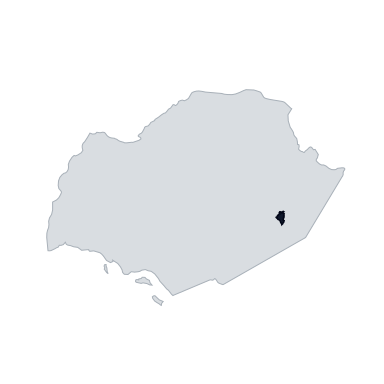 location of Busega, Simiyu, United Republic of Tanzania, rotated 121°
{"feature_id": "72390352B70559618037175", "entity_name": "Busega", "entity_type": "district", "adm_level": 2, "iso_a3": "TZA", "parent_name": "United Republic of Tanzania", "parent_adm1": "Simiyu", "projection": "orthographic", "projection_center": [33.696, -2.377], "detail": "fine", "context": "in_parent", "style": "filled", "palette": "ink", "viewbox_px": 384, "rotation_deg": 121, "n_neighbors": 0, "source": "geoboundaries", "source_scale": "gbopen_adm2", "svg_char_len": 5816}
<svg xmlns="http://www.w3.org/2000/svg" viewBox="0 0 384 384"><g transform="rotate(121 192 192)"><path d="M148.8,261.1L145.1,259.2L141.8,258.0L139.1,256.7L137.9,255.5L135.3,255.0L133.1,254.8L131.1,253.6L126.9,253.2L126.4,252.4L126.4,250.7L125.6,250.2L124.1,249.8L122.5,249.8L121.5,250.1L120.9,249.9L119.5,248.9L118.2,247.6L117.7,245.5L115.8,244.2L113.6,243.2L107.5,243.3L106.5,243.0L105.0,241.9L103.3,240.2L101.9,238.2L100.7,235.5L99.4,231.9L92.3,217.4L91.5,214.6L90.1,211.6L87.9,207.8L85.5,205.1L82.2,202.5L78.5,200.0L76.5,198.4L72.7,191.5L71.9,188.3L71.2,185.0L71.5,183.7L73.8,179.4L74.0,178.2L73.7,176.5L72.6,173.1L71.0,169.0L68.0,161.5L67.5,159.5L67.6,158.1L69.3,150.4L69.3,149.4L76.4,149.5L81.5,146.1L86.0,141.1L86.9,139.0L88.7,135.8L90.5,134.2L91.2,133.0L92.2,129.8L94.6,127.6L96.9,126.0L96.4,124.8L96.7,124.4L98.0,123.5L100.4,122.7L100.9,121.0L100.9,119.1L100.5,118.1L100.6,116.8L100.2,116.1L98.6,116.0L96.2,115.0L94.2,114.6L92.9,114.1L92.4,113.7L92.1,112.5L93.2,109.6L92.1,108.4L94.6,103.5L95.0,102.9L95.9,102.8L97.4,102.3L98.7,102.1L99.8,102.3L100.6,102.0L101.3,101.5L101.8,99.8L102.3,97.1L102.1,94.8L101.0,93.1L100.7,90.5L101.2,86.9L100.9,83.9L99.7,81.6L98.6,80.2L96.8,79.5L94.0,75.9L93.1,74.2L93.3,73.1L94.2,72.6L96.0,72.8L97.7,72.4L99.2,71.4L100.8,71.1L101.6,71.2L172.5,71.2L255.3,117.6L255.6,118.1L256.3,122.1L256.1,123.5L254.9,125.8L254.5,127.0L254.5,127.8L254.8,128.1L255.9,128.2L256.8,128.8L257.1,129.2L257.8,131.0L258.7,131.8L289.9,154.6L290.6,155.0L290.2,156.9L288.4,161.5L288.2,163.4L287.5,165.7L286.9,167.2L285.0,173.6L283.5,176.1L281.4,181.7L281.0,186.1L282.1,189.1L282.5,192.0L284.9,194.8L286.8,195.8L288.1,197.1L290.3,200.0L291.6,203.0L295.7,204.4L297.4,207.7L296.7,210.0L294.8,211.8L293.0,214.8L291.5,218.8L291.3,224.9L292.3,224.0L294.5,225.5L294.7,230.0L292.4,235.2L291.7,237.6L291.5,239.7L293.1,245.9L295.5,249.1L295.3,250.1L294.6,250.9L298.8,256.6L298.3,261.4L299.9,265.2L300.5,268.5L301.5,271.1L301.6,272.8L300.3,274.7L303.4,275.2L305.2,276.8L306.0,278.3L308.2,278.3L309.4,279.3L311.1,280.2L314.9,282.7L315.9,284.0L316.5,285.2L305.8,293.1L302.0,295.2L299.2,296.1L296.3,296.6L293.5,297.9L290.9,299.8L287.6,300.8L283.5,300.8L279.2,302.2L272.4,306.3L268.6,304.0L265.5,303.2L262.0,303.3L259.8,303.6L259.0,304.1L258.4,305.5L257.7,307.8L255.4,310.0L251.3,312.1L247.6,312.8L244.2,312.3L241.9,311.4L240.7,310.2L238.9,309.6L236.5,309.7L234.3,310.6L232.1,312.2L228.7,312.9L224.0,312.7L221.4,311.9L221.1,310.5L219.0,308.9L215.3,307.1L212.5,307.0L210.7,308.8L209.0,309.9L207.5,310.3L206.2,310.4L204.3,309.9L199.1,309.7L194.1,309.8L193.6,307.2L192.6,305.7L191.7,304.7L190.0,304.5L189.6,303.8L189.0,302.2L188.2,300.8L187.0,299.7L186.4,298.6L186.1,297.7L186.3,296.6L187.4,294.0L187.7,292.2L187.6,290.4L187.0,288.5L185.9,286.2L186.0,285.6L185.6,284.0L185.6,282.9L185.8,281.6L185.6,279.8L184.6,276.1L184.6,275.1L183.5,273.3L180.2,269.0L180.1,268.4L174.9,264.0L172.8,263.1L172.0,263.9L171.8,264.7L172.0,266.1L171.9,266.7L171.6,267.1L170.4,267.0L169.6,266.9L167.7,265.7L166.1,265.4L162.3,265.6L161.0,265.9L160.0,265.6L157.9,263.6L155.6,263.2L153.5,263.1L150.0,260.8L148.8,261.1ZM296.5,188.5L298.1,193.3L297.9,194.2L296.7,194.8L296.1,194.8L295.3,194.0L294.8,192.4L293.9,192.8L292.3,190.9L290.8,190.8L289.4,188.4L290.0,186.4L289.7,183.0L291.4,181.2L292.4,178.3L293.4,180.3L293.7,183.5L295.1,187.2L296.5,188.5ZM305.0,159.9L305.1,161.0L304.8,162.1L304.8,165.5L304.7,167.8L303.4,170.9L302.3,172.0L301.4,171.7L300.6,171.2L300.0,170.3L301.3,164.5L300.7,160.3L303.1,160.7L305.0,159.9ZM300.8,229.2L299.5,229.5L299.1,229.2L298.4,228.3L299.7,227.5L300.9,225.9L303.9,223.7L305.2,221.8L305.0,223.6L303.3,227.5L301.9,227.7L300.8,229.2Z" fill="#d9dde1" stroke="#a8b0b8" stroke-width="1"/><path d="M169.2,98.2L169.4,98.5L169.4,98.9L169.4,99.1L169.2,99.3L168.9,99.4L168.9,99.5L168.7,99.6L168.3,99.8L168.2,99.8L168.1,99.7L167.9,99.7L167.8,99.8L167.7,99.9L167.4,100.0L167.2,100.1L166.9,100.2L166.8,100.3L166.7,100.2L166.4,100.1L166.2,100.3L166.0,100.5L165.9,100.7L165.7,100.7L165.4,100.6L165.2,100.6L165.1,100.8L164.9,100.9L164.9,101.0L164.7,101.2L164.7,101.3L164.4,101.3L164.2,101.5L163.9,101.6L163.7,101.7L163.4,101.7L163.4,101.8L163.2,102.0L163.0,102.3L162.9,102.3L162.9,102.5L163.0,102.6L163.3,102.8L163.4,103.0L163.2,103.3L162.9,103.3L162.7,103.3L162.6,103.5L162.4,103.6L162.3,103.4L162.3,103.5L162.2,103.6L161.9,103.7L161.7,103.8L161.6,103.7L161.6,103.8L161.8,103.8L162.0,104.0L162.3,104.0L162.5,104.2L162.6,104.3L162.8,104.3L163.0,104.3L163.3,104.3L163.5,104.3L163.5,104.2L163.7,104.3L163.5,104.5L163.4,104.6L163.4,104.8L163.3,105.0L163.2,105.0L163.3,105.1L163.2,105.2L163.3,105.5L163.4,105.8L163.5,106.0L163.5,106.3L163.6,106.5L163.8,106.6L164.0,106.5L164.1,106.4L164.2,106.5L164.3,106.5L164.2,106.4L164.3,106.4L164.5,106.4L164.6,106.2L164.8,105.9L165.0,105.8L165.1,105.7L165.1,105.8L165.2,105.7L165.3,105.5L165.5,105.5L165.9,105.7L166.0,105.7L166.2,105.8L166.3,105.9L166.5,105.9L166.7,106.0L166.7,105.9L166.8,105.9L166.8,106.0L167.0,106.0L167.3,106.2L167.4,106.3L167.5,106.3L167.8,106.4L167.9,106.5L168.0,106.6L168.3,106.5L168.3,106.4L168.4,106.5L168.5,106.5L168.6,106.4L168.8,106.4L169.0,106.4L169.3,106.3L169.5,106.3L169.8,106.4L169.9,106.5L170.0,106.7L170.2,106.8L170.3,106.8L170.3,106.7L170.4,106.8L170.5,106.7L170.6,106.3L170.6,106.2L170.6,105.6L170.7,105.4L170.7,105.2L170.8,105.2L170.8,104.9L171.2,104.4L171.2,103.9L171.1,103.4L171.1,103.2L170.9,102.6L171.1,102.3L171.2,102.1L171.2,101.9L171.4,101.7L171.5,101.4L171.9,101.0L172.0,100.7L172.5,100.3L172.6,100.2L172.7,99.9L172.7,99.5L172.8,99.4L173.0,99.1L173.1,98.9L173.3,98.7L173.6,98.4L173.4,98.4L173.4,98.2L173.2,98.2L172.9,97.9L172.7,97.9L172.4,97.9L172.2,98.0L171.9,98.1L171.7,98.1L171.4,97.9L171.2,97.9L170.9,97.8L170.7,97.8L170.4,98.0L170.2,98.1L169.8,98.1L169.7,98.2L169.4,98.1L169.2,98.2Z" fill="#0f172a" stroke="#020617" stroke-width="1.5"/></g></svg>